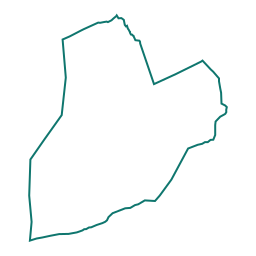 outline of Tema Metropolitan, Greater Accra, Ghana
{"feature_id": "2480657B34044169329977", "entity_name": "Tema Metropolitan", "entity_type": "district", "adm_level": 2, "iso_a3": "GHA", "parent_name": "Ghana", "parent_adm1": "Greater Accra", "projection": "natural_earth1", "projection_center": [-0.004, 5.649], "detail": "fine", "context": "isolated", "style": "outline", "palette": "teal", "viewbox_px": 256, "rotation_deg": 0, "n_neighbors": 0, "source": "geoboundaries", "source_scale": "gbopen_adm2", "svg_char_len": 1241}
<svg xmlns="http://www.w3.org/2000/svg" viewBox="0 0 256 256"><path d="M29.9,240.6L36.6,238.5L42.3,237.5L50.2,235.8L59.1,234.1L68.6,233.9L76.8,232.4L80.0,231.3L82.2,230.5L82.5,230.4L84.2,229.2L86.2,229.1L88.9,227.5L91.2,227.3L96.6,225.0L102.4,223.1L105.2,221.8L107.0,220.3L108.5,217.1L112.6,213.2L125.2,208.3L130.3,207.9L135.0,205.1L138.2,204.3L144.8,200.4L155.0,201.0L159.8,195.5L171.4,179.6L188.1,148.5L197.7,144.8L202.2,143.8L205.0,142.1L207.8,142.1L210.5,139.9L213.3,139.7L215.2,135.0L215.2,125.1L215.6,121.5L220.2,116.7L224.4,114.4L225.3,113.8L226.3,112.1L226.2,109.9L226.8,107.1L225.2,105.5L221.5,103.6L221.1,92.7L220.3,88.8L219.0,81.3L219.0,78.4L217.5,76.7L213.2,71.7L210.7,69.4L202.5,60.6L201.1,61.6L176.0,74.0L154.0,84.1L140.2,43.6L140.0,41.7L139.4,40.7L135.4,40.2L133.9,36.9L133.5,35.8L132.7,35.5L132.2,34.7L130.9,34.5L129.9,32.5L130.0,31.8L129.5,31.3L128.5,29.4L127.9,28.7L127.0,25.8L126.0,26.4L124.8,24.9L123.8,19.9L122.1,18.6L121.3,18.1L118.5,18.3L116.7,15.4L116.1,16.3L114.6,17.5L113.2,18.7L111.5,20.3L107.9,22.1L106.7,21.6L104.2,22.0L100.1,22.8L98.2,22.6L83.7,29.2L80.3,30.9L69.7,36.4L62.6,39.5L65.8,77.6L61.7,115.1L44.9,138.7L30.4,159.5L29.2,195.6L31.6,221.9L29.9,240.6Z" fill="none" stroke="#0f766e" stroke-width="2"/></svg>